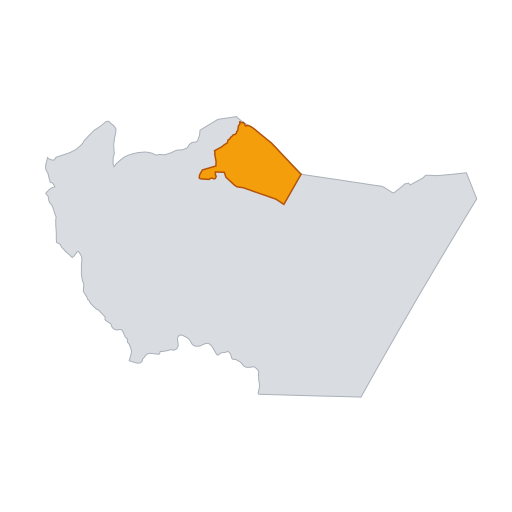 location of Kanem within Chad, rotated 94°
{"feature_id": "TCD-1465", "entity_name": "Kanem", "entity_type": "Prefecture", "adm_level": 1, "iso_a3": "TCD", "parent_name": "Chad", "parent_adm1": "", "projection": "albers", "projection_center": [14.708, 15.037], "detail": "fine", "context": "in_parent", "style": "filled", "palette": "amber", "viewbox_px": 512, "rotation_deg": 94, "n_neighbors": 0, "source": "natural_earth", "source_scale": "10m", "svg_char_len": 5600}
<svg xmlns="http://www.w3.org/2000/svg" viewBox="0 0 512 512"><g transform="rotate(94 256 256)"><path d="M389.4,141.4L389.9,153.5L390.4,165.6L391.0,177.7L391.5,189.8L392.0,201.9L392.5,214.0L393.0,226.1L393.5,238.2L393.7,242.2L393.5,243.8L393.3,244.0L392.8,244.3L386.6,243.4L383.8,243.5L380.1,244.5L374.5,245.2L370.9,245.2L368.4,247.4L366.6,250.0L367.7,256.0L367.6,258.0L366.9,260.0L365.3,261.9L363.6,263.4L362.6,264.6L361.5,267.4L360.6,268.7L360.7,270.4L360.5,272.2L359.5,273.2L356.9,274.0L355.2,274.8L353.9,276.2L353.1,277.2L353.6,278.4L354.3,280.1L354.8,282.8L355.1,284.3L356.4,285.6L357.2,286.5L357.5,287.6L356.8,288.5L353.7,290.6L352.4,291.4L351.0,292.4L350.4,292.8L348.2,294.7L347.0,296.4L346.5,297.8L346.6,299.7L347.9,302.5L349.3,304.8L349.8,306.6L350.2,308.6L350.1,310.4L349.5,312.1L348.4,313.6L344.1,316.5L342.0,319.6L340.4,323.4L340.0,325.4L340.5,326.7L341.5,327.9L342.8,328.4L344.7,328.5L347.9,327.8L350.9,327.3L354.1,328.5L355.8,331.5L355.2,333.8L356.6,337.9L357.8,342.8L357.8,344.4L358.3,345.1L360.3,345.3L360.8,346.4L360.4,355.2L361.4,357.6L362.8,359.2L364.4,360.1L365.9,361.2L366.7,362.0L368.5,362.1L370.5,363.6L371.1,365.7L371.1,367.7L370.1,372.2L369.3,375.2L368.1,375.0L365.8,374.4L362.9,373.8L359.4,373.5L356.1,374.8L352.6,376.5L351.5,377.7L350.5,378.4L349.0,378.3L347.5,378.6L346.8,379.7L345.5,381.0L340.4,383.7L339.4,384.6L338.7,385.6L338.8,386.6L339.4,388.6L339.4,391.2L338.3,393.3L337.0,394.7L335.5,395.3L334.3,395.7L333.5,396.6L330.9,401.4L329.8,402.3L327.4,402.2L320.8,409.4L320.1,411.5L317.7,414.6L314.6,417.9L311.8,419.6L311.6,420.2L310.9,420.9L309.2,421.6L303.2,425.8L296.0,425.8L292.8,427.4L289.7,428.2L285.1,429.1L283.8,429.0L277.9,429.5L271.0,429.5L268.4,430.1L266.0,431.7L264.2,433.1L263.9,433.5L264.2,434.1L264.1,434.5L269.0,437.7L270.3,439.2L269.1,440.8L268.5,441.1L268.4,441.2L267.7,442.4L264.9,446.1L260.7,450.6L258.5,451.8L257.7,452.7L256.6,455.6L255.8,456.0L252.9,456.4L247.0,456.8L239.0,457.9L234.1,458.3L231.1,458.1L226.9,460.1L225.4,460.6L224.4,460.8L220.2,462.8L216.8,465.8L215.5,466.4L210.6,467.7L208.7,469.8L207.8,470.0L204.6,467.3L202.4,464.8L201.4,462.4L201.2,461.6L200.6,461.7L198.9,462.8L197.4,464.1L196.7,466.5L191.7,468.2L187.3,469.6L185.3,471.3L182.3,472.2L178.4,471.9L175.3,471.2L172.4,470.9L173.8,468.8L174.3,467.1L174.5,465.2L174.2,463.8L172.5,463.1L171.3,462.1L168.8,455.9L166.1,449.4L162.4,443.1L158.4,439.0L155.5,436.6L154.6,436.3L153.1,435.5L152.1,434.8L146.8,430.5L141.3,425.6L139.9,423.4L137.2,420.1L134.1,416.7L132.5,415.2L131.8,412.4L133.9,409.9L136.2,406.7L138.9,404.6L142.5,404.5L148.5,405.4L154.9,405.7L161.2,405.0L162.8,404.6L164.4,404.6L167.8,405.3L173.8,405.1L176.8,403.8L173.5,401.7L170.0,398.2L166.6,394.4L164.6,391.0L162.8,386.5L161.1,381.1L160.0,373.9L160.2,369.9L160.7,367.0L162.5,362.3L161.3,359.6L161.5,357.4L161.4,354.1L160.8,352.4L158.5,347.0L158.0,346.4L156.0,342.6L155.1,336.3L152.8,332.1L149.2,330.1L147.1,327.7L146.3,323.3L144.9,322.2L139.2,320.7L134.4,320.6L130.9,315.7L126.5,309.4L122.4,303.6L119.8,291.9L118.3,285.2L120.0,283.2L123.4,278.4L127.8,269.3L137.6,255.3L142.5,248.1L152.4,237.3L164.5,224.1L171.3,216.6L172.4,203.0L173.5,188.7L174.3,177.8L175.4,165.0L176.2,154.2L176.9,146.4L177.7,135.3L178.5,133.2L183.2,124.5L183.5,123.4L182.6,121.9L175.9,114.6L173.9,112.9L172.6,109.1L174.3,107.0L166.3,94.6L164.3,93.1L163.5,91.6L163.4,89.4L163.2,80.9L161.1,67.5L158.3,52.0L167.5,47.5L174.6,44.1L183.6,39.8L191.9,44.1L204.1,50.4L216.2,56.6L228.4,62.8L240.6,69.0L252.9,75.2L265.2,81.3L277.5,87.5L289.8,93.6L302.2,99.6L314.5,105.7L327.0,111.7L339.4,117.7L351.9,123.7L364.3,129.6L376.9,135.5L389.4,141.4Z" fill="#d9dde1" stroke="#a8b0b8" stroke-width="1"/><path d="M122.5,281.5L122.9,281.4L123.8,280.7L124.0,280.2L124.1,279.7L123.9,278.6L123.5,278.2L123.6,277.9L124.1,277.6L124.9,276.6L125.2,276.4L125.7,276.3L126.2,276.2L126.6,276.0L126.9,275.4L126.8,274.8L126.5,273.7L126.4,273.1L126.4,272.6L126.6,272.0L126.9,271.2L127.8,269.3L128.5,267.9L129.3,266.8L130.0,265.7L130.8,264.6L131.6,263.5L132.4,262.4L133.2,261.3L134.0,260.2L134.8,259.1L135.5,258.0L136.3,256.9L137.1,255.8L137.9,254.7L138.7,253.6L139.5,252.5L140.2,251.4L141.0,250.3L141.8,249.1L142.6,248.1L144.0,246.6L145.5,244.9L146.5,243.8L148.0,242.2L149.5,240.6L150.9,239.1L152.4,237.5L153.9,235.9L155.3,234.3L156.8,232.7L158.2,231.1L159.7,229.5L161.2,228.0L162.6,226.4L164.1,224.8L165.5,223.2L167.0,221.6L168.4,220.0L169.9,218.4L170.8,217.5L171.1,217.0L171.2,216.7L171.6,216.9L202.6,231.8L197.9,240.1L192.2,261.2L188.8,273.4L188.3,279.8L186.7,282.6L179.5,291.5L174.7,293.5L175.0,302.3L178.0,302.2L178.3,302.1L178.9,301.4L179.0,301.3L179.3,301.3L179.6,301.3L180.1,301.6L180.7,301.7L181.3,301.9L181.5,302.0L181.7,302.5L181.8,302.9L182.0,303.5L181.9,303.7L181.8,304.0L181.3,304.9L181.3,305.0L181.6,306.2L181.7,306.5L181.8,306.9L181.8,307.0L182.1,307.3L182.7,307.9L182.8,308.2L182.9,308.5L182.9,315.9L182.9,316.5L182.5,317.6L182.2,318.0L181.6,318.1L179.7,318.0L178.8,317.8L173.9,315.5L169.0,302.3L164.7,302.4L156.9,304.3L156.7,304.4L155.4,304.1L155.2,304.1L154.9,304.2L154.3,304.6L154.0,304.8L153.7,304.5L149.7,298.1L149.0,297.2L148.0,296.3L147.7,296.0L145.3,292.8L145.2,292.6L144.7,292.4L144.4,292.3L142.7,292.1L142.2,291.9L141.9,291.7L141.2,290.5L140.9,290.2L139.7,289.8L139.3,289.5L137.8,287.8L136.9,287.4L136.7,287.2L136.5,286.7L136.3,285.5L136.3,285.3L136.1,285.1L135.8,285.0L135.7,285.0L135.6,284.9L135.1,284.3L134.9,284.2L134.7,284.1L134.4,284.0L133.5,284.0L133.3,284.0L133.1,283.9L132.7,283.3L131.5,282.9L127.2,282.6L126.8,282.3L126.5,281.9L126.2,281.6L125.9,281.6L125.5,281.5L122.7,281.5L122.5,281.5Z" fill="#f59e0b" stroke="#b45309" stroke-width="1.5"/></g></svg>